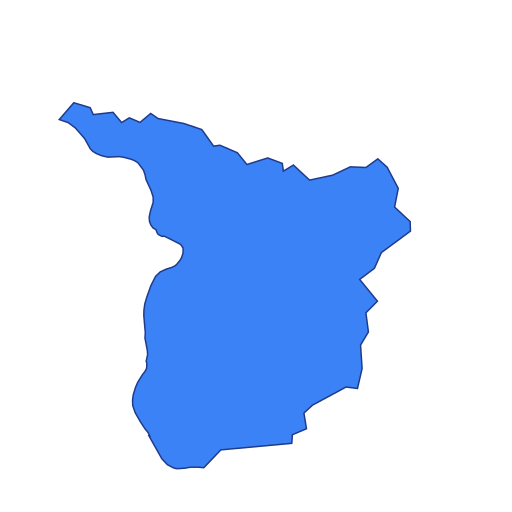 Lewis, Kentucky, United States of America, rotated 256°
{"feature_id": "52423323B16414182815509", "entity_name": "Lewis", "entity_type": "district", "adm_level": 2, "iso_a3": "USA", "parent_name": "United States of America", "parent_adm1": "Kentucky", "projection": "equal_earth", "projection_center": [-83.329, 38.513], "detail": "fine", "context": "isolated", "style": "filled", "palette": "blue", "viewbox_px": 512, "rotation_deg": 256, "n_neighbors": 0, "source": "geoboundaries", "source_scale": "gbopen_adm2", "svg_char_len": 1631}
<svg xmlns="http://www.w3.org/2000/svg" viewBox="0 0 512 512"><g transform="rotate(256 256 256)"><path d="M182.8,362.9L208.2,350.9L215.4,367.9L229.0,378.5L242.8,411.9L252.1,413.9L269.9,402.3L287.2,410.4L310.5,404.7L320.8,397.7L315.3,384.1L319.7,369.1L315.9,350.0L316.7,326.3L335.2,314.3L331.7,303.1L339.5,303.9L348.3,291.1L347.0,269.3L360.7,262.9L372.2,247.8L372.9,241.4L391.8,234.0L402.0,218.1L413.1,194.2L419.8,188.3L413.7,175.8L420.7,166.5L418.0,157.9L430.0,152.0L432.6,132.3L440.0,131.0L448.8,116.3L436.0,98.1L430.8,106.1L423.9,111.7L411.5,118.1L400.0,121.2L397.1,122.9L394.1,125.8L390.7,130.4L387.8,136.0L385.5,147.4L383.8,151.5L380.0,158.4L377.9,161.2L375.2,163.9L366.5,167.6L361.6,168.0L356.7,167.8L345.1,170.0L338.2,170.5L332.9,169.2L325.4,164.6L319.7,161.8L315.2,161.0L311.5,161.5L308.1,162.9L305.9,165.2L301.8,165.8L300.1,166.8L297.9,169.4L297.8,169.5L297.3,172.0L286.1,185.0L284.6,186.0L281.3,187.2L276.5,185.9L272.9,183.7L270.6,181.7L266.9,176.8L265.9,174.4L265.3,171.3L265.0,165.8L263.8,159.3L260.6,153.7L252.9,147.0L242.7,140.2L236.4,136.5L230.4,134.1L225.2,132.7L208.2,130.0L203.2,128.4L190.7,127.7L186.6,127.0L180.3,123.9L178.6,124.2L173.5,122.7L171.0,120.5L168.3,117.1L162.1,110.7L157.8,107.4L151.0,103.3L145.9,101.3L140.7,100.2L133.1,100.9L123.2,103.7L115.4,106.4L110.9,108.5L107.1,109.4L107.4,108.6L82.0,115.6L75.0,119.5L70.6,124.4L69.2,126.7L68.5,128.9L67.3,136.0L66.9,141.5L65.0,149.0L63.2,154.1L76.4,175.0L65.6,245.4L73.8,248.1L76.2,263.2L92.0,264.5L97.6,274.7L107.1,311.7L102.9,322.4L121.1,331.7L144.3,335.9L155.1,346.7L174.3,348.9L182.8,362.9Z" fill="#3b82f6" stroke="#1e3a8a" stroke-width="1.5"/></g></svg>